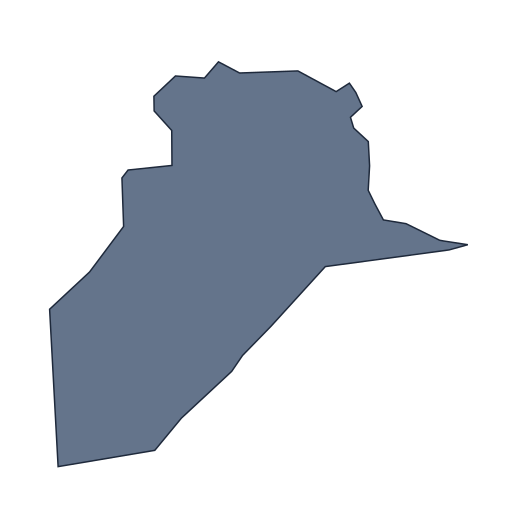 Ayérou, Tillabéri, Niger, rotated 176°
{"feature_id": "23599985B66518443893936", "entity_name": "Ayérou", "entity_type": "district", "adm_level": 2, "iso_a3": "NER", "parent_name": "Niger", "parent_adm1": "Tillabéri", "projection": "robinson", "projection_center": [1.048, 14.94], "detail": "fine", "context": "isolated", "style": "filled", "palette": "slate", "viewbox_px": 512, "rotation_deg": 176, "n_neighbors": 0, "source": "geoboundaries", "source_scale": "gbopen_adm2", "svg_char_len": 620}
<svg xmlns="http://www.w3.org/2000/svg" viewBox="0 0 512 512"><g transform="rotate(176 256 256)"><path d="M150.8,421.9L164.6,414.4L201.3,437.7L259.6,439.7L279.9,452.3L295.0,437.1L323.8,441.2L346.7,422.5L347.5,407.8L331.3,387.1L333.5,352.2L377.6,350.7L384.3,343.2L386.0,294.7L423.1,251.7L465.6,217.3L468.1,59.7L370.5,69.2L341.7,99.5L288.3,142.6L276.4,157.7L245.9,184.9L187.6,240.6L63.0,248.6L43.9,252.5L67.8,257.9L71.7,258.9L104.1,277.8L126.4,283.1L133.9,299.9L139.5,313.7L136.4,338.0L136.0,362.3L149.6,376.8L152.1,387.8L139.7,397.8L145.0,412.1L150.8,421.9Z" fill="#64748b" stroke="#1e293b" stroke-width="1.5"/></g></svg>